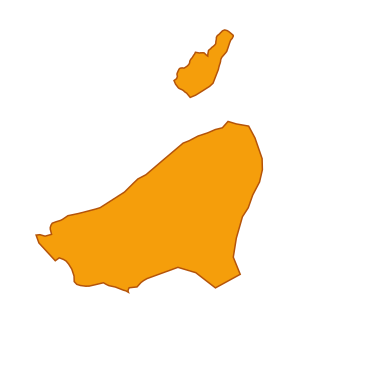 Onuimo, Imo, Nigeria (Mercator projection), rotated 41°
{"feature_id": "59680162B32871052171758", "entity_name": "Onuimo", "entity_type": "district", "adm_level": 2, "iso_a3": "NGA", "parent_name": "Nigeria", "parent_adm1": "Imo", "projection": "mercator", "projection_center": [7.204, 5.79], "detail": "fine", "context": "isolated", "style": "filled", "palette": "amber", "viewbox_px": 384, "rotation_deg": 41, "n_neighbors": 0, "source": "geoboundaries", "source_scale": "gbopen_adm2", "svg_char_len": 2153}
<svg xmlns="http://www.w3.org/2000/svg" viewBox="0 0 384 384"><g transform="rotate(41 192 192)"><path d="M191.5,105.1L180.7,111.6L172.9,115.1L172.8,123.6L168.6,129.6L164.9,137.3L159.9,145.7L156.1,155.4L153.2,161.0L149.1,187.7L145.9,209.2L142.6,217.6L142.0,224.0L141.1,236.3L132.9,264.2L130.4,268.2L120.5,282.6L113.9,291.3L113.4,293.2L112.2,297.7L111.4,299.7L108.9,303.7L107.0,307.2L107.3,309.4L108.3,311.8L109.6,313.2L111.0,314.1L113.8,316.1L110.1,321.7L105.2,324.0L102.6,326.8L109.9,330.9L133.9,333.6L135.0,328.8L139.3,327.2L142.2,326.7L146.1,327.3L151.9,329.1L158.1,332.8L161.9,336.9L165.6,337.3L169.1,335.8L173.6,332.8L176.2,330.4L179.7,325.6L184.7,318.6L187.8,318.0L190.7,317.2L196.5,314.0L204.6,311.1L206.9,310.0L209.8,309.4L208.6,308.7L207.8,307.0L207.4,305.5L212.8,299.7L212.9,293.7L213.6,290.5L214.9,286.8L230.8,258.1L247.8,250.4L272.6,249.0L282.4,222.5L265.9,214.1L255.7,197.7L246.3,177.6L244.8,167.0L239.8,154.4L236.4,140.1L230.5,129.0L223.0,120.8L204.1,109.9L191.5,105.1ZM105.3,119.7L107.6,120.8L108.8,121.4L113.1,122.3L114.3,122.3L117.6,121.3L119.0,121.1L120.9,121.2L123.1,120.9L128.6,121.8L131.2,116.6L133.2,110.1L136.0,100.7L136.5,96.1L131.5,82.2L130.4,80.2L129.4,78.1L128.6,76.1L127.8,74.6L127.0,73.5L126.6,72.6L126.1,70.6L126.1,65.1L126.0,63.2L124.7,59.9L123.7,57.5L122.6,54.9L121.8,52.7L121.5,51.5L121.6,49.9L121.3,48.7L121.0,47.5L120.3,46.7L117.8,46.7L114.5,46.8L112.7,47.1L110.4,48.2L109.6,49.6L109.2,50.7L109.2,52.1L109.0,53.0L109.1,54.2L108.8,56.0L108.5,57.3L108.9,59.2L109.6,60.1L110.5,61.3L111.0,62.3L111.6,63.2L112.4,64.2L112.7,65.1L112.7,66.6L112.4,68.6L112.0,70.2L112.1,71.4L111.8,72.8L111.6,73.8L111.7,74.6L112.4,75.6L113.0,76.8L113.7,77.7L114.0,78.3L114.4,78.8L114.7,79.1L114.2,79.2L112.8,79.2L112.0,79.2L110.9,79.1L110.2,79.1L109.7,79.1L109.2,79.6L108.5,80.1L107.8,80.8L107.0,81.5L106.6,82.1L102.9,84.3L103.5,86.3L103.5,87.5L104.0,90.4L104.0,92.7L104.5,94.7L105.5,96.2L105.9,97.8L105.8,100.0L105.1,102.6L104.7,103.8L103.5,104.5L102.5,105.5L101.9,106.3L101.6,107.1L101.7,108.1L102.1,109.6L103.0,112.4L103.7,113.3L105.0,114.2L105.4,114.9L106.0,116.6L105.3,119.7Z" fill="#f59e0b" stroke="#b45309" stroke-width="1.5"/></g></svg>